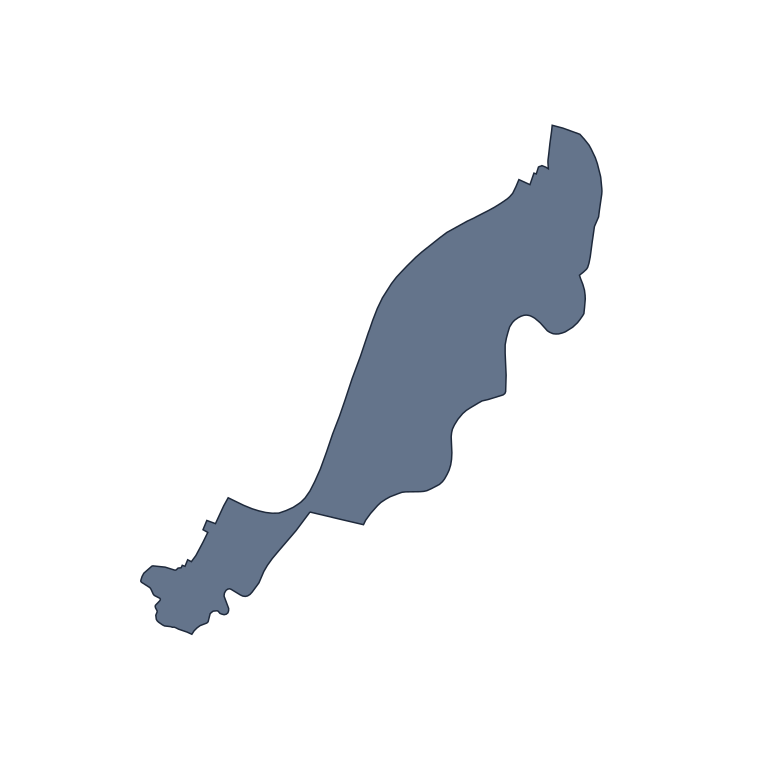 the district of Hong Bang, Hải Phòng, Vietnam, rotated 289°
{"feature_id": "81297802B63499365755438", "entity_name": "Hong Bang", "entity_type": "district", "adm_level": 2, "iso_a3": "VNM", "parent_name": "Vietnam", "parent_adm1": "Hải Phòng", "projection": "mercator", "projection_center": [106.64, 20.876], "detail": "fine", "context": "isolated", "style": "filled", "palette": "slate", "viewbox_px": 768, "rotation_deg": 289, "n_neighbors": 0, "source": "geoboundaries", "source_scale": "gbopen_adm2", "svg_char_len": 3259}
<svg xmlns="http://www.w3.org/2000/svg" viewBox="0 0 768 768"><g transform="rotate(289 384 384)"><path d="M515.6,550.1L521.7,548.7L530.0,546.6L531.7,545.9L533.3,545.3L538.0,543.0L542.9,539.6L547.7,535.5L550.5,533.4L554.9,536.2L558.5,538.1L560.5,538.6L564.8,538.5L571.4,537.6L586.7,534.5L588.4,534.2L601.4,531.7L611.9,532.5L618.0,531.2L623.2,530.2L634.3,528.1L636.1,527.6L637.2,527.3L639.5,526.4L649.2,522.0L650.4,521.4L651.4,520.8L661.8,514.0L666.8,510.1L673.6,503.4L676.6,500.1L680.8,493.5L681.6,492.0L683.9,487.9L684.2,469.8L683.4,458.8L677.8,460.1L665.7,462.5L656.0,464.7L649.0,466.2L648.0,466.5L646.8,466.9L641.0,469.3L641.7,466.4L641.9,462.2L641.1,461.4L640.1,460.0L639.4,459.4L632.2,459.6L632.2,457.1L620.0,457.1L621.2,445.0L613.5,444.5L606.2,443.6L603.3,442.4L602.2,442.0L599.2,440.3L593.0,435.7L587.1,430.9L581.2,425.5L577.8,422.2L572.3,416.9L570.4,415.2L565.1,409.7L547.8,394.1L540.7,389.3L521.3,376.9L514.2,372.8L510.1,370.8L503.3,367.4L495.4,363.8L489.1,361.0L481.4,358.4L464.7,354.4L464.4,354.4L453.4,353.1L440.9,352.6L430.4,352.6L428.0,352.5L427.2,352.5L402.5,352.7L378.7,352.1L355.8,352.4L338.9,352.4L320.1,351.7L301.0,351.8L282.9,351.5L269.3,350.3L258.7,348.8L250.6,346.5L246.7,344.6L245.3,343.9L243.5,342.7L237.8,338.3L232.5,332.7L227.7,326.6L225.4,320.3L224.0,313.9L223.3,306.9L223.1,300.1L223.6,290.9L225.7,273.7L216.6,272.1L197.1,270.1L197.3,260.9L187.3,260.3L186.3,265.7L175.1,264.3L160.6,262.0L153.3,259.7L153.9,255.6L146.8,255.2L146.9,252.3L144.2,252.0L142.9,249.2L140.7,248.1L139.9,247.1L139.6,236.7L136.8,224.7L136.2,223.8L126.9,218.5L125.0,218.2L123.2,217.9L119.3,218.0L118.3,218.3L117.6,219.2L115.2,229.0L114.1,230.5L110.2,234.2L109.3,235.6L108.4,241.8L107.8,242.6L106.4,242.7L100.3,239.9L99.1,240.1L97.9,240.9L95.6,243.4L94.3,243.7L91.1,243.5L87.4,245.3L86.2,246.7L85.4,248.4L84.1,253.0L83.8,255.3L85.1,261.2L85.1,263.1L85.8,264.9L85.7,266.7L85.3,269.5L85.3,278.5L84.8,283.8L88.8,284.8L92.5,286.6L95.7,288.8L100.3,294.3L101.9,295.1L110.2,294.4L111.6,295.1L113.6,296.4L115.2,299.9L115.2,301.1L113.7,303.6L113.6,305.5L113.8,307.9L115.0,309.8L116.8,310.9L119.0,310.9L121.2,310.2L131.4,301.8L134.4,301.2L137.4,301.8L139.1,303.0L140.1,304.6L140.1,306.2L137.8,316.8L137.5,319.5L138.0,322.0L139.2,324.0L141.4,325.8L144.4,327.1L155.3,330.5L167.6,331.4L174.6,332.8L182.6,335.2L192.3,338.9L216.5,348.5L238.3,355.5L238.9,356.1L239.0,357.4L241.8,386.1L244.3,410.4L249.2,411.0L257.1,413.4L267.0,417.5L271.0,419.6L275.7,423.2L279.4,426.5L284.7,432.8L287.5,436.3L289.1,439.7L292.8,450.0L294.0,453.3L295.4,456.5L297.1,459.3L300.4,462.8L307.1,469.1L310.7,471.1L314.1,472.2L319.1,473.1L323.7,473.6L329.2,473.4L334.8,472.4L341.0,470.6L356.0,464.7L359.9,463.8L363.6,463.4L368.2,463.9L374.8,465.4L381.6,468.0L385.8,470.4L389.5,473.3L396.3,479.0L398.4,480.9L399.9,482.2L403.2,487.5L412.5,500.2L414.4,501.4L416.4,501.5L432.1,496.6L452.6,488.5L460.5,485.8L467.2,484.8L473.1,484.4L478.9,484.2L481.4,484.8L483.9,485.4L486.8,486.7L490.4,489.3L492.7,491.5L494.5,493.9L495.5,496.1L495.9,498.0L496.1,500.0L495.8,502.5L495.3,505.1L492.7,511.8L487.5,521.1L486.9,523.5L486.7,525.7L486.6,527.6L487.2,530.1L488.2,532.8L490.4,536.1L492.4,538.5L499.1,543.9L504.9,547.0L508.7,548.3L513.2,549.6L515.6,550.1Z" fill="#64748b" stroke="#1e293b" stroke-width="1.5"/></g></svg>